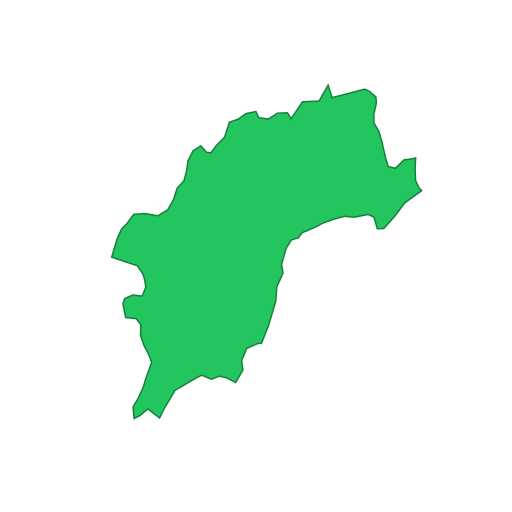 outline of Örebro, Orebro, Sweden, rotated 288°
{"feature_id": "70781695B32779810801713", "entity_name": "Örebro", "entity_type": "district", "adm_level": 2, "iso_a3": "SWE", "parent_name": "Sweden", "parent_adm1": "Orebro", "projection": "robinson", "projection_center": [15.349, 59.26], "detail": "fine", "context": "isolated", "style": "filled", "palette": "green", "viewbox_px": 512, "rotation_deg": 288, "n_neighbors": 0, "source": "geoboundaries", "source_scale": "gbopen_adm2", "svg_char_len": 1483}
<svg xmlns="http://www.w3.org/2000/svg" viewBox="0 0 512 512"><g transform="rotate(288 256 256)"><path d="M398.6,377.5L396.0,373.2L393.2,367.1L382.5,361.4L381.9,354.2L388.1,349.7L403.9,340.2L412.3,334.6L419.0,327.0L426.9,324.3L438.7,323.2L444.3,320.9L447.7,313.0L448.2,307.7L433.6,284.9L430.3,279.6L430.2,279.4L440.8,271.8L422.8,268.1L417.1,252.6L397.4,247.0L401.9,241.7L398.5,232.3L390.1,225.5L388.4,215.8L393.4,211.3L388.4,202.6L380.5,196.6L375.1,189.4L359.5,189.4L349.0,184.2L340.2,181.2L339.3,177.1L343.7,169.5L336.7,163.7L325.3,161.9L315.6,163.7L305.1,164.2L296.3,160.1L284.1,160.1L272.7,157.8L263.9,150.2L262.1,137.3L257.8,126.8L247.2,123.3L240.2,119.8L228.8,118.6L210.3,119.1L210.1,134.2L210.1,146.2L203.6,154.3L198.2,157.9L192.4,160.8L182.7,160.1L180.9,151.0L174.9,144.2L169.5,144.2L157.2,151.0L159.4,161.5L155.0,167.7L145.0,170.6L136.7,176.8L128.4,185.0L122.6,189.6L105.0,189.1L96.4,189.3L84.2,187.9L74.5,185.7L63.8,190.3L68.1,194.7L77.1,200.4L72.2,214.3L82.1,215.8L103.2,220.5L117.2,232.9L125.9,241.1L125.0,251.7L130.3,258.2L131.1,265.2L129.4,275.8L143.4,278.8L152.2,274.6L165.4,275.8L173.3,284.7L174.6,288.2L193.5,289.4L219.0,288.8L233.1,285.3L248.0,287.0L255.9,282.9L272.6,282.3L282.3,284.7L286.4,290.7L292.3,292.6L300.8,302.4L308.1,309.6L314.8,318.3L321.0,327.7L323.3,337.6L330.1,349.7L329.5,356.1L319.4,363.0L321.6,369.0L336.3,375.5L352.7,381.2L369.4,393.4L370.9,390.3L377.0,384.5L388.0,380.4L398.6,377.5Z" fill="#22c55e" stroke="#15803d" stroke-width="1.5"/></g></svg>